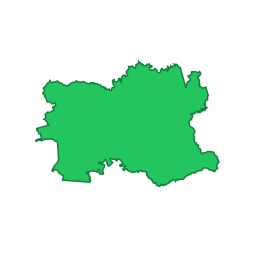 Hawkesbury, New South Wales, Australia (Mercator projection), rotated 65°
{"feature_id": "25037944B69069268480762", "entity_name": "Hawkesbury", "entity_type": "district", "adm_level": 2, "iso_a3": "AUS", "parent_name": "Australia", "parent_adm1": "New South Wales", "projection": "mercator", "projection_center": [150.826, -33.341], "detail": "fine", "context": "isolated", "style": "filled", "palette": "green", "viewbox_px": 256, "rotation_deg": 65, "n_neighbors": 0, "source": "geoboundaries", "source_scale": "gbopen_adm2", "svg_char_len": 5756}
<svg xmlns="http://www.w3.org/2000/svg" viewBox="0 0 256 256"><g transform="rotate(65 128 128)"><path d="M147.6,209.4L160.9,185.6L160.2,184.3L159.5,184.8L158.9,184.1L157.9,184.7L157.6,183.7L156.8,183.0L155.2,183.8L154.1,183.0L153.1,183.4L152.4,183.2L151.9,184.7L151.0,184.8L150.9,183.2L151.7,181.4L151.0,179.4L152.3,178.1L153.4,175.8L154.9,174.7L153.1,172.8L152.9,172.1L154.4,171.6L156.0,173.1L157.4,173.2L158.6,171.8L159.2,170.1L158.7,169.4L155.5,168.9L153.4,166.1L151.8,164.9L151.1,165.3L147.8,169.3L146.9,168.9L146.7,168.3L148.7,166.3L148.7,165.4L148.4,164.2L147.0,162.4L147.0,161.9L148.2,161.3L153.3,162.3L154.3,161.6L154.4,161.0L152.9,156.4L149.9,157.6L148.7,157.4L148.0,156.7L150.1,155.0L150.5,152.7L151.3,152.4L152.4,152.7L152.8,152.3L153.1,151.9L151.8,150.9L151.9,150.1L154.0,148.1L158.5,147.8L157.9,150.6L158.6,151.4L159.7,151.0L160.6,147.3L161.8,146.7L162.6,149.5L163.8,150.3L164.3,150.1L164.7,149.6L164.2,147.4L164.4,146.6L166.4,146.2L169.8,143.1L170.4,141.7L171.3,137.5L172.3,137.7L172.6,137.4L171.5,136.5L171.4,135.6L172.0,134.9L171.8,134.6L172.2,134.6L172.1,133.9L173.4,133.6L174.9,130.3L175.4,130.5L177.2,129.8L178.3,131.1L179.8,130.6L180.1,130.1L181.5,130.6L183.3,129.4L183.9,128.4L185.4,128.6L185.9,127.8L186.9,128.4L188.7,128.1L189.2,127.6L189.1,126.0L189.9,125.8L191.8,126.4L194.1,124.3L194.2,123.6L192.9,122.0L194.3,121.3L194.4,120.5L195.0,120.4L195.1,119.5L194.6,119.2L195.5,117.2L195.0,116.2L195.3,115.1L194.9,114.6L195.0,113.3L194.0,112.5L194.5,111.9L194.2,109.8L193.5,109.3L194.2,109.1L195.2,107.4L196.3,107.4L195.6,106.8L195.8,105.6L196.3,105.2L196.0,104.4L196.4,104.1L196.2,103.2L197.8,99.6L196.9,97.2L196.1,97.0L196.0,96.2L196.3,94.6L196.0,92.2L196.6,90.9L195.6,89.8L196.2,87.5L197.2,86.7L196.6,85.7L196.7,83.1L196.5,82.5L197.6,79.0L196.3,77.2L196.8,74.7L198.0,73.0L200.0,72.2L201.9,69.7L204.0,68.4L203.9,67.6L202.9,65.9L202.3,63.6L201.7,63.9L199.5,63.5L198.3,62.2L197.2,59.8L196.0,60.2L194.8,59.8L193.7,60.2L192.9,59.4L190.2,59.9L189.8,60.6L188.6,60.9L187.6,60.5L186.0,60.7L184.8,62.7L183.8,63.5L183.9,64.2L183.0,66.1L183.1,68.5L182.4,70.2L182.8,71.8L182.4,72.0L181.2,71.9L180.1,72.4L179.0,71.4L177.6,71.4L177.3,72.0L175.6,72.5L174.8,72.0L174.0,72.1L173.5,71.5L172.2,72.1L171.7,73.0L170.6,72.5L169.1,73.4L167.4,73.5L166.4,72.7L166.1,73.0L165.7,72.5L164.9,72.5L164.1,71.6L162.3,71.7L161.6,71.0L160.5,70.7L160.0,69.1L158.4,68.6L157.5,69.0L156.8,68.8L154.4,69.8L153.2,71.2L149.9,70.7L147.5,69.4L146.9,67.6L147.3,66.9L146.0,66.3L145.8,65.6L144.3,64.3L143.3,64.2L142.8,65.2L141.8,65.3L142.1,63.9L142.8,63.2L142.2,62.5L143.2,61.5L142.3,60.6L142.1,59.2L143.7,58.1L142.7,57.1L142.8,56.7L144.0,56.6L144.4,55.8L143.2,55.3L143.6,54.5L143.2,53.6L141.8,53.5L143.0,52.7L144.1,52.9L143.4,51.9L142.4,51.9L142.7,50.9L143.1,51.3L144.2,51.1L144.2,50.3L143.1,49.6L143.6,48.6L143.4,48.3L142.8,47.8L141.7,49.2L141.0,48.6L140.0,49.0L139.3,47.9L138.2,48.6L138.1,47.6L137.6,47.5L137.3,46.7L135.7,46.1L135.5,44.9L136.1,44.5L136.0,43.8L134.9,44.1L134.3,43.1L132.9,42.7L132.7,41.6L123.9,40.2L123.3,43.9L122.4,44.0L121.3,44.7L121.2,45.3L119.9,45.7L119.7,45.1L119.0,45.2L119.1,44.8L117.9,44.7L117.8,44.2L116.7,44.5L115.8,43.4L115.2,43.2L113.7,43.2L112.6,43.8L112.2,43.0L110.8,42.7L111.0,41.4L110.2,40.0L109.4,39.7L109.4,39.1L107.1,39.2L107.4,40.4L107.0,41.6L105.2,43.5L104.0,46.3L104.2,47.0L105.6,47.2L106.3,48.3L106.3,51.6L108.1,51.4L109.4,50.8L111.3,51.5L111.3,54.3L111.7,55.1L113.6,56.6L114.0,57.7L116.2,58.6L95.1,55.1L95.0,55.9L90.9,57.0L91.1,58.3L90.4,58.2L89.8,59.1L91.1,58.6L91.7,58.9L90.7,61.6L91.5,63.0L90.1,63.1L91.3,63.9L90.9,65.5L90.1,66.0L89.4,65.7L89.0,65.9L89.9,66.6L90.7,66.3L92.4,66.8L92.9,68.3L90.7,67.9L90.6,69.2L91.3,69.7L91.2,70.6L90.4,70.9L89.9,72.2L89.0,71.6L88.3,72.3L89.5,74.0L90.9,74.8L91.1,75.8L90.7,76.9L89.6,77.9L87.9,77.3L87.1,78.0L85.7,78.0L85.7,79.3L86.4,81.3L85.3,81.8L85.5,82.8L85.1,83.3L82.1,83.3L82.8,80.9L82.7,80.4L82.1,80.2L81.5,80.4L80.9,81.7L78.9,81.6L78.9,83.1L78.2,84.0L79.1,85.1L78.3,87.3L76.5,87.7L76.3,88.6L75.5,88.4L74.9,89.5L73.8,89.3L73.1,90.0L72.2,90.1L73.6,91.0L74.2,94.2L76.0,95.3L76.6,96.9L73.8,97.7L73.4,98.6L73.5,100.1L72.6,101.0L72.6,101.5L74.2,101.9L76.5,105.9L77.7,106.3L78.9,105.5L80.1,106.2L80.5,108.3L78.8,108.4L78.3,110.0L78.5,110.8L79.4,112.3L83.3,114.6L81.3,114.9L80.1,114.4L79.4,114.9L79.3,115.7L81.1,116.8L81.4,118.9L80.1,120.5L78.2,120.1L78.2,121.2L78.7,122.0L79.9,122.5L83.2,123.1L84.4,122.6L85.1,122.9L85.5,123.8L84.7,125.2L85.3,126.0L86.6,126.7L86.7,127.9L86.2,128.5L84.9,128.4L84.5,130.5L83.6,130.7L83.2,132.2L81.4,131.6L81.4,132.7L80.1,133.0L79.8,134.3L77.2,135.0L76.2,136.1L76.0,136.9L75.1,137.0L74.4,138.4L72.7,139.8L73.4,140.7L71.8,141.3L71.2,143.2L71.4,144.3L71.0,145.4L69.4,147.2L67.3,148.4L66.9,149.7L67.1,150.5L65.9,152.0L65.5,153.6L63.5,154.9L64.1,157.0L63.4,158.8L63.4,160.9L64.2,165.0L63.0,166.7L62.4,166.9L62.1,168.1L59.3,169.2L58.8,170.5L57.9,170.7L57.1,171.9L55.7,171.9L54.7,178.3L52.0,178.7L53.2,179.9L53.2,181.3L53.9,183.1L55.6,185.5L55.9,187.6L56.4,188.0L58.2,187.8L58.8,188.4L59.5,188.4L60.3,190.5L62.0,190.3L63.4,189.4L64.4,190.4L66.7,189.6L69.3,190.3L70.3,190.1L70.4,189.0L71.9,187.1L73.7,186.8L74.5,185.8L74.4,183.7L75.1,183.4L76.7,183.7L76.8,184.8L77.9,185.9L77.2,186.9L77.3,187.5L78.0,187.8L80.1,187.3L81.0,188.4L80.5,189.7L81.0,192.2L79.6,194.0L80.7,197.4L84.3,198.1L84.6,200.6L85.9,199.4L87.2,199.3L88.8,198.5L90.3,199.3L92.0,198.4L89.9,211.0L91.9,211.6L92.0,210.8L95.7,211.1L95.9,209.9L101.0,210.7L100.1,214.7L100.2,216.7L101.3,216.9L101.3,213.6L101.7,212.8L103.1,211.9L102.9,208.6L105.2,202.7L107.0,200.4L108.9,199.9L110.0,197.9L112.7,198.5L127.8,204.4L129.7,207.0L130.9,210.3L134.4,214.8L135.8,214.3L135.6,213.8L134.9,213.7L134.5,212.7L135.7,210.6L137.5,209.5L139.3,209.7L144.3,206.7L147.6,209.4Z" fill="#22c55e" stroke="#15803d" stroke-width="1.5"/></g></svg>